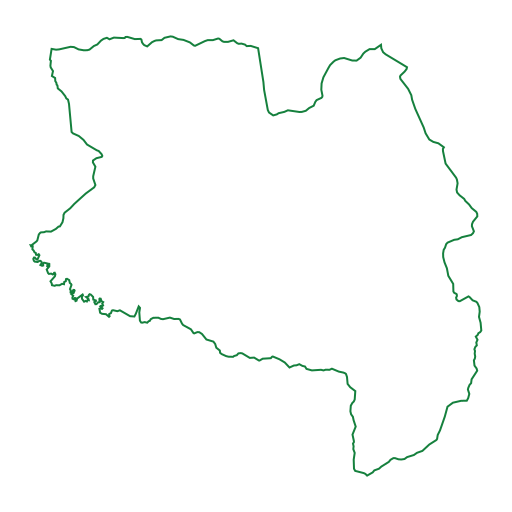 outline of Picota, San Martín, Peru
{"feature_id": "86281439B32206092239911", "entity_name": "Picota", "entity_type": "district", "adm_level": 2, "iso_a3": "PER", "parent_name": "Peru", "parent_adm1": "San Martín", "projection": "mercator", "projection_center": [-76.326, -6.941], "detail": "fine", "context": "isolated", "style": "outline", "palette": "green", "viewbox_px": 512, "rotation_deg": 0, "n_neighbors": 0, "source": "geoboundaries", "source_scale": "gbopen_adm2", "svg_char_len": 5838}
<svg xmlns="http://www.w3.org/2000/svg" viewBox="0 0 512 512"><path d="M367.1,475.6L372.7,472.4L374.3,470.4L379.0,468.7L381.3,466.6L388.8,461.9L390.5,459.8L393.4,458.1L394.9,458.1L398.5,459.3L401.3,459.5L404.5,459.0L407.1,457.1L413.9,455.0L417.0,452.8L422.4,450.9L429.3,444.5L436.4,440.0L437.1,438.9L437.7,435.0L440.0,430.4L444.8,416.6L447.5,406.7L452.9,402.7L461.1,400.8L466.8,400.7L468.2,398.1L469.3,393.9L467.9,389.5L468.3,387.8L469.6,384.8L471.1,383.2L471.6,379.3L477.2,370.7L476.6,368.5L474.5,365.6L473.9,360.3L474.8,358.7L475.2,356.6L474.7,353.6L475.0,351.0L474.4,349.2L475.4,346.8L476.8,345.4L476.3,342.5L477.5,339.8L475.8,336.6L477.7,334.9L478.4,333.2L480.2,332.1L481.3,330.5L480.6,322.8L479.0,316.9L479.7,311.6L479.3,307.1L477.5,303.1L476.4,301.8L472.6,300.3L469.6,297.1L468.5,296.4L459.8,301.2L458.4,301.1L456.5,299.5L456.1,297.7L456.9,296.0L456.8,294.7L456.5,294.0L454.2,292.8L453.4,291.5L453.2,283.9L448.3,275.8L446.9,268.3L444.5,262.3L443.2,257.1L443.1,253.4L443.7,249.8L445.0,247.7L446.2,244.1L447.6,242.6L454.2,239.8L457.8,239.3L461.8,237.2L471.1,235.0L473.0,233.2L473.9,231.3L471.9,226.2L472.0,224.2L473.0,221.7L477.3,216.4L477.2,213.8L476.3,211.9L471.7,208.1L469.1,204.5L465.3,200.9L464.2,198.9L459.6,195.3L457.1,192.5L456.5,189.6L457.6,183.3L456.9,179.5L456.1,177.7L445.6,163.6L443.0,151.2L442.9,148.9L443.9,147.3L438.4,143.3L433.3,141.9L429.3,139.5L425.6,133.3L423.7,127.5L415.3,108.9L412.1,99.7L411.3,95.2L408.1,88.8L400.4,78.9L400.0,76.7L400.5,75.5L404.6,71.6L406.6,69.0L407.0,67.2L385.6,54.3L383.1,52.2L381.3,48.3L381.0,44.8L374.8,49.1L369.6,49.1L365.3,51.7L363.3,53.6L360.6,57.7L356.6,60.6L352.2,60.5L344.1,58.0L340.1,58.5L335.3,60.3L333.5,61.7L330.1,65.1L328.4,68.0L323.4,77.3L321.6,83.4L321.3,89.7L322.5,95.8L322.2,97.0L321.4,97.9L316.6,100.1L315.3,101.9L313.7,105.7L309.2,108.0L305.8,110.8L301.8,111.9L299.5,112.0L287.9,110.3L284.3,111.9L278.6,113.2L276.8,114.4L273.2,115.4L269.0,112.5L267.8,110.0L264.1,89.9L263.4,82.0L258.1,48.2L250.7,45.9L246.7,46.1L245.0,44.6L241.5,43.6L238.7,43.8L237.2,43.2L233.5,40.3L227.9,41.9L224.1,41.9L222.4,41.3L219.4,38.8L218.1,38.5L213.0,40.1L207.8,40.1L204.9,41.1L195.1,45.8L193.9,45.5L189.9,42.4L183.5,39.9L178.1,39.1L172.8,36.7L170.5,36.4L164.5,37.8L161.6,40.1L156.2,40.4L154.6,40.9L152.0,42.2L147.2,46.4L144.2,45.1L142.9,43.7L142.0,42.3L141.4,39.6L140.6,38.9L134.8,39.1L127.4,36.9L125.5,37.0L124.7,38.0L123.5,38.1L113.9,37.6L109.5,39.3L106.9,37.8L103.5,38.9L101.0,40.6L97.3,44.5L93.9,46.0L89.5,49.6L87.3,50.2L83.9,50.3L78.6,49.4L74.0,47.1L70.6,46.8L59.1,49.4L56.1,49.7L51.6,48.9L49.9,59.6L50.9,60.8L50.4,65.7L50.7,67.4L53.0,71.1L51.9,76.0L55.1,78.0L55.3,81.1L56.4,82.9L56.6,84.6L57.4,85.4L57.8,88.4L61.5,91.4L65.2,96.1L66.3,98.4L68.0,99.6L69.0,103.9L71.6,132.0L73.0,133.4L78.8,136.0L83.5,139.9L87.0,144.5L96.8,150.3L98.7,151.0L101.6,154.2L102.3,155.9L101.7,156.9L96.4,158.2L93.0,160.5L92.9,162.4L95.4,166.7L93.2,176.2L93.2,178.5L95.4,185.0L94.2,187.3L85.8,193.5L74.4,203.8L70.2,208.3L64.6,212.7L63.5,214.9L63.4,218.2L62.5,222.2L59.9,226.4L58.5,226.6L55.9,228.9L51.0,231.6L46.1,231.4L44.0,232.2L40.9,232.4L40.0,233.0L38.8,234.5L37.3,240.4L36.5,241.4L31.3,245.4L30.7,245.3L31.2,246.4L32.7,246.4L32.4,249.3L33.7,250.6L34.5,252.3L35.8,253.0L36.0,254.7L37.2,255.0L38.7,254.2L39.4,255.2L37.5,259.5L36.4,259.3L34.8,257.5L34.0,257.5L33.3,258.9L33.9,260.8L34.7,261.6L37.6,262.0L39.5,260.9L40.5,260.9L41.5,261.8L41.8,262.9L40.4,265.0L42.1,265.8L43.2,265.5L43.1,263.4L44.0,262.7L47.1,263.4L47.5,264.6L47.2,266.3L47.6,266.5L48.8,266.1L48.5,264.1L48.9,263.7L49.3,263.9L49.3,266.4L46.7,269.5L48.1,273.1L48.9,273.9L51.2,273.6L52.8,274.5L53.4,274.2L54.1,272.8L54.7,272.7L55.4,274.2L54.9,276.3L50.5,281.3L51.7,283.4L52.0,285.2L54.7,285.8L56.1,285.2L59.5,285.3L62.1,283.8L64.0,284.2L64.2,282.0L65.8,281.2L66.0,279.1L67.0,278.8L69.2,280.1L69.8,282.9L71.1,284.0L71.5,284.9L70.0,289.1L70.7,290.4L70.6,291.9L72.6,291.3L73.4,289.9L74.3,290.0L74.6,290.6L73.6,293.0L71.4,293.4L71.1,293.9L73.2,295.7L72.4,297.4L72.5,298.7L73.5,299.2L74.8,298.0L75.4,298.1L75.2,300.4L75.5,301.1L76.5,300.7L77.2,298.5L82.6,294.5L83.0,295.3L81.9,296.7L82.0,298.8L84.1,301.7L85.6,300.9L86.9,301.5L87.6,300.0L88.8,300.2L88.5,299.0L86.1,297.0L88.5,296.4L88.9,294.9L89.6,294.2L90.8,294.6L93.1,296.9L93.3,299.6L95.9,300.5L95.9,301.1L94.3,302.1L95.4,304.2L96.5,304.1L98.0,302.4L99.6,302.2L99.4,298.9L99.8,298.5L100.7,298.7L101.5,301.2L103.2,302.1L102.2,303.7L103.1,305.4L102.4,306.0L100.8,305.9L100.3,306.3L102.5,308.3L102.0,308.9L100.3,308.3L99.4,308.7L100.1,312.7L102.0,313.8L106.0,314.2L109.0,316.8L109.6,316.2L109.1,315.0L109.3,313.9L110.9,313.2L111.9,310.6L113.0,310.2L117.4,311.2L119.9,310.3L130.1,316.2L134.4,316.5L135.8,313.8L138.7,306.4L140.0,307.9L139.3,312.4L139.9,320.6L141.1,322.5L142.2,322.7L144.7,322.1L147.2,322.7L148.7,321.2L149.8,320.9L150.7,319.2L153.3,317.8L158.3,317.7L160.9,318.9L163.0,319.2L169.9,317.6L174.1,319.0L178.6,318.9L180.0,319.5L182.0,323.6L183.2,325.1L190.9,329.3L193.5,333.1L194.2,333.4L197.4,332.1L199.3,332.2L202.0,334.0L206.4,339.5L213.4,341.6L215.2,344.0L216.3,347.7L219.8,350.5L220.1,352.8L221.7,354.1L226.1,356.1L228.5,356.7L233.1,356.8L234.1,356.0L236.8,355.2L238.4,353.4L240.7,353.1L242.3,353.4L249.8,357.9L254.1,357.6L258.9,360.5L259.6,360.5L262.7,358.7L270.8,358.2L272.0,356.8L272.8,356.5L279.5,359.3L284.8,362.5L289.5,367.5L293.9,365.5L296.5,365.3L299.3,364.2L302.4,365.9L305.0,366.5L306.5,368.9L311.9,370.4L321.0,369.8L323.5,370.4L325.7,369.7L329.5,369.8L331.9,368.7L338.8,371.6L343.5,372.6L345.3,373.4L346.0,374.0L347.0,377.0L347.6,383.9L350.2,387.2L355.3,391.1L354.7,399.5L353.8,401.5L352.3,403.0L350.8,405.7L350.4,411.3L351.1,414.3L352.9,416.8L353.6,420.2L355.7,426.6L352.5,434.6L353.9,441.1L353.9,442.1L353.0,443.6L353.6,446.3L353.3,449.1L354.7,452.9L353.7,459.6L354.0,468.7L355.2,470.9L363.8,473.1L365.4,473.9L367.1,475.6Z" fill="none" stroke="#15803d" stroke-width="2"/></svg>